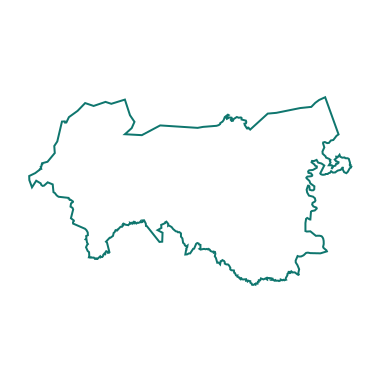 General Heliodoro Castillo, Guerrero, Mexico, rotated 85°
{"feature_id": "50627088B85707069751061", "entity_name": "General Heliodoro Castillo", "entity_type": "district", "adm_level": 2, "iso_a3": "MEX", "parent_name": "Mexico", "parent_adm1": "Guerrero", "projection": "orthographic", "projection_center": [-99.963, 17.72], "detail": "fine", "context": "isolated", "style": "outline", "palette": "teal", "viewbox_px": 384, "rotation_deg": 85, "n_neighbors": 0, "source": "geoboundaries", "source_scale": "gbopen_adm2", "svg_char_len": 5997}
<svg xmlns="http://www.w3.org/2000/svg" viewBox="0 0 384 384"><g transform="rotate(85 192 192)"><path d="M147.4,41.0L109.2,51.1L111.4,57.3L113.9,61.4L117.6,65.7L117.8,76.9L120.5,101.1L120.5,109.7L134.9,128.6L132.8,130.2L132.8,130.6L133.6,130.7L133.5,131.7L129.9,133.6L128.5,133.8L128.3,132.3L127.0,131.8L125.6,132.1L124.1,136.3L122.5,136.2L122.0,136.8L122.1,139.0L121.2,140.8L123.0,144.2L124.6,145.0L124.7,146.3L123.5,147.1L122.7,146.5L122.6,145.7L121.4,146.1L121.0,148.2L122.2,150.9L121.4,151.2L120.7,150.1L119.3,150.1L118.6,148.8L118.1,149.5L120.2,152.8L123.1,154.2L124.5,155.4L125.9,157.9L126.8,158.1L127.7,159.6L128.2,161.8L128.1,175.3L128.6,180.8L122.9,217.9L131.0,237.0L128.6,253.8L123.1,246.5L117.1,243.2L110.1,247.1L94.1,250.8L97.1,264.7L94.7,270.3L97.7,282.5L94.1,290.7L101.2,298.9L106.7,308.1L111.8,311.1L111.8,312.4L110.6,312.6L110.5,315.4L129.9,321.8L134.2,325.2L141.2,325.3L149.3,333.3L150.3,338.9L151.2,339.2L151.6,338.9L152.0,339.5L153.6,339.9L153.8,340.5L155.8,340.2L155.8,341.4L156.8,342.3L157.0,342.1L157.7,342.2L156.9,342.4L159.5,346.5L161.9,352.8L166.0,353.0L173.4,351.0L167.2,346.2L170.2,342.0L171.8,341.5L172.9,340.3L172.8,338.9L169.8,334.9L172.3,330.1L180.1,330.0L181.1,328.7L183.6,327.1L185.1,325.4L187.1,315.5L187.9,315.5L188.3,314.6L189.2,314.5L189.5,313.2L191.1,311.4L191.6,311.5L192.8,313.5L196.0,314.3L197.3,312.5L199.0,311.9L207.6,314.9L210.1,312.2L210.6,312.2L211.7,313.2L213.1,313.2L219.3,301.8L220.8,300.5L223.2,299.4L226.0,299.5L226.7,301.3L228.8,301.2L229.9,302.2L230.4,301.2L233.2,301.0L234.8,300.2L235.4,301.0L237.8,302.4L241.6,301.1L243.0,299.8L246.5,299.9L248.0,300.4L248.2,297.6L248.3,298.6L248.5,298.7L248.8,295.5L249.6,294.9L249.8,293.0L250.3,293.5L250.5,292.1L248.1,289.1L249.1,288.7L248.7,287.8L248.9,287.0L247.7,286.0L246.9,285.9L245.9,284.9L246.5,284.0L246.1,283.7L245.2,284.0L243.5,282.6L244.1,281.5L245.2,281.2L245.3,280.0L244.9,279.5L234.9,281.1L234.0,282.0L230.4,278.0L230.5,277.3L228.8,274.5L225.9,273.6L225.4,272.7L223.4,271.5L223.8,270.7L223.1,269.8L223.5,269.6L220.8,266.7L220.3,265.7L220.6,264.9L219.5,263.7L218.9,264.0L218.6,263.1L217.6,263.3L217.5,263.0L218.8,261.0L219.5,258.3L218.5,257.4L218.3,256.3L217.3,256.4L217.8,255.5L217.4,254.6L218.2,254.2L217.1,253.0L218.1,252.8L218.2,252.2L217.0,252.0L216.8,251.6L218.5,250.1L217.8,249.0L218.1,248.2L217.7,246.7L216.7,245.7L217.7,245.2L217.6,244.1L216.7,242.9L216.0,243.5L216.0,242.2L219.4,240.8L221.8,240.8L222.0,240.0L238.9,228.8L238.9,226.0L230.0,224.9L227.0,229.6L225.1,225.6L222.1,225.6L220.7,221.6L219.9,221.4L219.3,220.1L221.0,218.9L222.0,219.0L221.1,218.4L223.5,218.7L223.2,218.1L225.1,215.4L227.3,214.0L229.7,211.6L230.2,210.0L230.9,209.5L230.9,208.0L232.3,206.6L235.5,206.9L237.4,205.6L241.8,205.3L243.4,203.9L244.4,203.8L245.0,203.3L245.7,202.4L245.0,201.2L246.6,201.6L248.0,202.7L249.1,202.5L249.5,203.0L253.7,204.1L253.7,202.2L252.9,200.5L253.0,199.2L248.7,195.8L248.6,194.8L244.0,192.4L243.3,191.2L243.9,189.9L244.9,189.5L245.4,188.2L248.8,188.5L249.3,189.5L250.1,188.5L249.7,185.0L250.2,183.5L250.0,182.0L250.7,180.9L250.2,180.3L251.1,179.3L252.4,178.7L253.4,176.7L253.2,175.5L253.8,174.8L254.2,175.0L254.0,174.3L255.6,174.1L258.0,174.9L259.9,173.9L264.7,173.0L264.6,171.6L266.5,170.3L263.4,169.4L263.4,168.5L262.5,167.7L263.5,166.1L264.7,165.5L266.2,165.6L267.1,164.2L267.3,162.5L268.4,161.5L270.9,160.4L272.1,160.7L272.8,160.3L273.4,159.5L273.8,157.1L276.1,157.0L276.6,156.2L278.8,155.5L279.4,154.6L279.2,154.0L280.4,154.1L281.3,152.3L282.0,152.3L282.9,151.4L282.1,151.2L282.1,150.4L283.0,150.2L283.6,148.8L283.6,145.8L285.1,145.9L285.0,144.4L285.9,144.3L285.4,143.4L285.9,141.7L287.4,141.8L288.4,140.5L289.5,140.4L289.9,139.3L289.4,137.6L289.7,137.1L289.1,137.1L289.1,136.3L288.6,136.1L289.0,134.7L287.2,134.2L287.2,133.3L285.7,133.1L285.9,131.7L284.1,130.9L285.3,128.4L284.2,125.5L285.1,125.7L285.8,124.7L284.2,124.5L284.5,122.3L285.1,121.9L284.7,120.9L285.3,120.4L285.3,119.3L285.9,119.1L286.5,120.0L286.7,118.3L287.5,117.7L287.0,116.6L287.7,116.2L287.8,113.9L288.3,113.1L287.8,111.5L286.9,111.3L287.8,109.6L287.4,108.6L288.0,107.8L287.6,106.0L287.0,106.4L285.7,105.9L283.2,104.2L282.0,104.1L281.3,103.4L281.3,102.5L280.7,103.0L280.0,102.7L280.1,101.8L280.5,101.6L279.8,100.3L280.6,100.2L280.4,99.3L280.9,99.1L281.0,96.6L283.3,94.1L283.8,93.3L283.5,92.8L282.2,93.2L278.3,92.0L274.1,93.3L271.2,94.8L269.3,94.7L265.0,92.4L265.6,91.1L265.7,88.8L264.8,86.4L262.6,83.6L262.5,81.8L263.2,79.4L264.3,69.4L262.9,62.8L261.8,63.2L259.2,65.8L258.1,66.2L255.3,65.3L252.2,65.1L249.7,65.4L247.9,66.3L247.3,66.9L246.7,68.6L246.4,72.5L241.5,77.5L241.4,81.2L240.8,82.4L232.8,81.7L228.7,80.7L227.9,79.5L229.6,77.1L229.7,76.5L222.0,75.2L221.4,74.3L221.1,71.3L219.4,69.2L218.4,69.4L217.0,72.3L215.0,73.4L213.3,72.8L212.3,70.5L211.3,69.8L209.0,70.1L207.2,71.8L205.8,75.8L202.5,77.3L199.7,77.6L195.8,75.9L195.9,75.1L196.5,74.6L200.0,74.6L200.8,72.6L200.8,70.9L200.0,70.0L197.0,69.6L193.8,73.3L191.1,74.1L188.3,76.7L187.6,76.8L186.7,75.7L186.7,72.0L186.3,70.9L185.6,70.7L183.8,71.8L183.1,74.3L181.6,74.5L180.6,73.4L180.6,69.7L178.7,65.6L177.4,65.4L176.4,67.1L175.2,67.7L172.8,70.3L171.5,69.7L171.8,67.8L170.9,65.1L173.7,63.8L174.9,60.5L177.1,57.9L184.6,62.6L185.4,62.2L186.0,61.1L186.3,60.0L186.2,57.9L185.7,57.3L185.9,55.2L185.2,54.4L184.8,52.7L183.4,51.6L184.9,50.0L185.0,47.7L183.4,45.1L182.9,41.9L180.9,40.1L181.0,39.6L182.5,39.9L185.5,38.7L186.7,36.6L185.5,35.1L182.1,32.8L181.5,31.5L180.5,31.0L179.5,32.4L178.9,32.4L178.6,31.8L177.9,32.3L177.0,32.0L172.7,32.9L172.0,33.9L171.7,36.3L170.9,37.0L170.9,39.4L169.7,41.3L167.8,41.8L170.0,43.8L170.1,44.2L169.5,44.5L169.4,45.2L170.7,45.0L172.1,47.0L173.7,45.9L175.1,43.4L175.8,43.6L176.5,44.6L176.4,45.9L178.2,46.8L178.6,48.7L181.3,51.0L178.3,49.6L177.5,50.5L177.3,53.3L174.7,51.4L173.6,51.8L172.3,51.4L172.3,51.9L171.6,51.8L170.9,52.6L169.4,55.5L168.2,55.8L165.2,58.5L163.0,58.5L159.1,56.3L155.1,57.2L154.1,57.0L153.8,55.3L155.1,53.1L155.0,51.3L152.8,49.2L152.5,46.7L148.6,43.1L147.4,41.0Z" fill="none" stroke="#0f766e" stroke-width="2"/></g></svg>